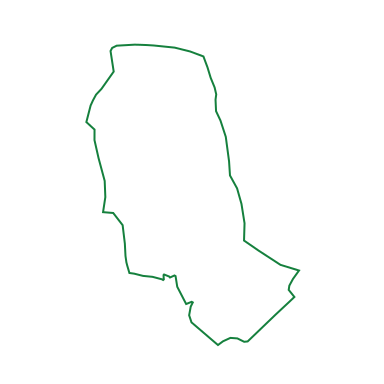 As Salam - WK, South Kordufan, Sudan (Mercator projection), rotated 351°
{"feature_id": "16777658B70273794752269", "entity_name": "As Salam - WK", "entity_type": "district", "adm_level": 2, "iso_a3": "SDN", "parent_name": "Sudan", "parent_adm1": "South Kordufan", "projection": "mercator", "projection_center": [28.195, 11.292], "detail": "fine", "context": "isolated", "style": "outline", "palette": "green", "viewbox_px": 384, "rotation_deg": 351, "n_neighbors": 0, "source": "geoboundaries", "source_scale": "gbopen_adm2", "svg_char_len": 1129}
<svg xmlns="http://www.w3.org/2000/svg" viewBox="0 0 384 384"><g transform="rotate(351 192 192)"><path d="M117.5,262.2L122.1,263.6L130.5,267.2L139.7,269.6L148.8,273.6L149.7,274.4L150.5,273.9L150.7,271.2L150.9,269.6L151.5,269.1L156.2,271.9L156.9,273.0L161.6,271.7L162.6,272.5L162.6,283.3L168.7,301.7L174.5,300.4L175.5,301.2L172.8,305.0L171.9,307.6L169.9,313.3L171.1,320.7L193.7,347.2L199.3,344.3L207.1,342.1L213.9,343.7L220.1,348.1L223.6,348.3L255.2,326.3L270.9,315.7L276.7,311.7L272.2,303.8L273.5,299.7L278.1,293.7L285.4,286.3L268.0,277.8L248.6,260.3L235.8,248.1L239.0,231.1L239.0,211.5L237.1,195.5L232.1,181.6L233.4,167.5L234.0,142.8L231.3,125.9L228.4,115.9L229.7,104.4L231.2,99.4L230.7,92.3L228.3,82.1L226.8,71.3L225.8,66.4L224.5,59.9L212.1,52.9L197.5,46.7L177.1,41.3L170.4,39.8L163.8,38.5L158.4,37.5L140.5,35.7L135.7,37.2L133.6,40.0L133.5,60.8L118.7,76.0L112.5,80.8L108.6,85.9L105.4,90.7L98.6,106.4L102.8,111.7L105.5,115.1L103.8,125.5L105.0,143.9L107.5,167.4L105.6,183.5L101.0,198.0L110.9,200.4L118.3,213.9L117.6,232.5L116.3,244.8L116.2,251.2L116.5,254.4L117.5,262.2Z" fill="none" stroke="#15803d" stroke-width="2"/></g></svg>